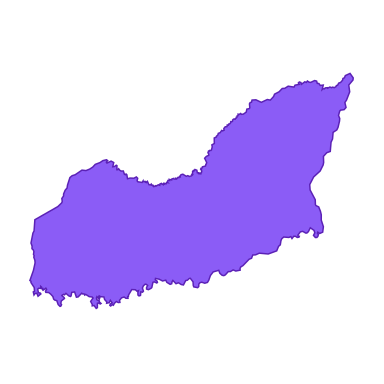 Lukulu, Western, Zambia (Natural Earth projection), rotated 178°
{"feature_id": "96606910B66911286782898", "entity_name": "Lukulu", "entity_type": "district", "adm_level": 2, "iso_a3": "ZMB", "parent_name": "Zambia", "parent_adm1": "Western", "projection": "natural_earth1", "projection_center": [23.918, -14.375], "detail": "fine", "context": "isolated", "style": "filled", "palette": "violet", "viewbox_px": 384, "rotation_deg": 178, "n_neighbors": 0, "source": "geoboundaries", "source_scale": "gbopen_adm2", "svg_char_len": 5916}
<svg xmlns="http://www.w3.org/2000/svg" viewBox="0 0 384 384"><g transform="rotate(178 192 192)"><path d="M151.0,111.5L146.6,112.2L146.7,113.8L146.0,115.3L143.6,116.7L137.3,122.8L134.8,123.7L133.5,126.9L130.6,127.0L126.9,128.5L118.0,127.4L109.4,130.2L107.4,134.7L105.6,136.1L104.8,140.3L103.9,142.2L101.9,143.8L96.8,143.2L94.8,144.0L93.7,142.0L91.9,144.2L90.1,144.1L88.4,142.9L86.7,143.1L86.3,144.0L87.5,144.4L87.7,145.2L85.1,148.4L82.7,148.8L79.8,147.0L78.6,147.0L77.1,148.3L75.0,152.1L71.4,149.4L70.7,146.9L72.1,144.4L70.3,142.2L68.8,142.2L67.8,143.2L67.2,145.0L68.1,146.5L67.7,147.5L65.8,146.1L62.8,147.3L61.9,152.7L63.8,159.4L63.6,164.7L64.3,168.2L65.9,172.7L68.6,174.1L69.1,175.1L69.1,180.0L73.9,189.9L74.1,195.3L69.9,202.8L63.2,208.5L60.0,214.4L59.4,216.9L59.4,223.0L55.9,226.6L52.4,227.7L51.3,236.9L49.7,240.1L48.9,246.7L45.1,249.0L43.8,251.5L42.1,257.7L41.8,260.3L42.9,263.4L41.6,267.6L40.7,268.6L37.1,269.0L35.1,271.1L36.1,276.1L34.4,278.4L30.9,286.6L31.6,293.4L27.2,298.3L26.9,300.4L29.9,305.0L34.7,303.0L35.7,300.8L37.2,300.2L37.6,298.5L39.7,296.3L41.6,295.7L42.7,293.7L44.0,293.3L44.4,292.3L46.2,291.3L47.7,291.9L48.9,291.4L50.5,292.1L52.8,291.0L53.0,291.5L55.2,291.4L56.0,290.5L57.5,290.6L58.3,289.9L57.1,294.3L60.1,294.0L61.4,296.0L63.0,296.2L63.6,298.5L65.6,299.1L69.5,297.4L71.2,297.7L72.8,298.9L73.9,297.5L75.4,298.2L78.9,295.8L79.3,297.6L80.9,298.2L81.9,297.3L81.1,295.8L85.3,295.2L86.4,293.3L92.2,294.4L95.6,292.4L98.2,292.3L101.5,289.1L106.1,286.9L107.1,284.6L110.5,281.1L113.5,281.8L119.6,279.2L124.9,281.9L128.8,281.8L129.4,279.7L130.8,279.3L131.5,278.1L131.3,274.1L132.1,273.3L134.3,272.9L135.0,270.0L138.0,268.0L140.0,267.9L140.6,268.8L142.3,267.8L143.2,268.2L143.4,266.6L144.3,266.4L144.3,265.4L145.1,265.2L145.1,264.4L146.4,263.7L146.4,263.2L148.0,263.4L148.9,262.5L149.0,261.4L149.8,260.8L150.8,261.0L151.1,259.6L151.9,258.8L152.7,258.8L153.3,257.5L154.4,257.8L154.8,256.1L156.5,256.0L157.3,255.2L158.0,254.2L157.7,252.7L159.3,252.0L160.2,252.5L161.8,250.3L163.7,249.7L164.1,248.2L165.7,246.8L165.7,246.1L167.9,245.2L168.0,239.7L170.5,238.4L170.2,236.4L171.1,233.3L171.7,232.8L172.8,233.0L173.9,232.4L173.7,232.0L174.0,231.9L174.1,231.7L174.3,231.7L174.7,230.7L174.0,229.4L174.0,228.1L176.4,227.1L178.2,225.3L176.3,221.0L176.7,219.5L177.2,219.2L177.6,217.5L180.7,216.8L180.9,215.8L182.3,215.3L181.9,214.4L182.4,214.1L181.7,213.3L181.6,212.1L182.0,210.8L183.2,210.6L182.9,209.9L184.5,210.1L184.2,210.7L184.6,211.0L186.0,211.0L186.4,213.6L188.3,214.4L189.4,212.9L189.9,213.4L190.7,212.5L190.7,210.8L191.6,209.5L190.8,209.2L191.9,208.2L194.2,207.6L195.6,208.5L197.2,207.9L200.5,210.1L202.3,209.7L203.3,208.6L203.2,207.5L204.1,207.7L204.6,206.8L205.5,207.1L206.5,206.0L207.7,206.3L207.4,205.5L209.5,205.6L210.0,206.2L211.7,205.7L211.9,204.8L214.3,205.4L214.1,204.3L215.6,204.4L216.4,202.7L215.9,202.2L217.0,202.4L217.6,201.1L219.5,201.7L219.4,200.9L220.1,201.2L220.4,200.4L220.9,201.0L221.5,200.7L222.3,201.7L223.8,201.1L224.0,199.8L225.4,200.4L227.8,199.1L228.4,200.1L228.3,199.4L229.6,198.8L230.4,199.7L230.6,199.2L231.5,200.4L232.2,200.3L232.5,201.3L233.3,200.6L234.8,200.8L236.2,204.2L237.3,203.1L237.9,204.0L238.4,203.5L239.0,204.2L240.4,204.0L240.5,204.8L241.5,203.3L245.8,204.1L246.5,205.1L245.8,207.6L247.1,209.0L249.6,207.8L253.4,208.1L256.0,207.5L256.5,211.5L257.3,212.3L257.9,211.6L258.9,212.0L259.9,215.4L262.1,215.4L263.5,216.3L264.5,217.8L265.4,216.9L266.3,216.9L266.1,221.0L266.8,221.4L268.5,220.2L270.3,220.0L269.2,224.2L271.8,225.7L276.0,223.9L276.5,224.5L276.3,225.3L275.2,226.3L276.3,227.2L279.9,226.5L283.0,224.6L287.7,223.0L290.4,220.3L293.4,218.5L297.2,217.1L301.2,217.7L308.2,213.3L311.2,212.5L313.5,210.7L316.2,203.2L316.7,200.4L318.7,198.2L320.4,194.5L320.5,192.5L322.3,190.1L322.0,187.1L322.6,185.7L326.6,182.1L350.0,169.8L351.2,158.6L352.4,156.5L354.7,146.6L353.7,143.5L353.9,140.9L352.8,139.9L352.1,138.0L352.6,135.1L351.9,133.7L352.4,132.5L351.4,129.2L351.3,126.6L353.2,119.2L357.1,109.2L356.0,108.4L356.1,107.1L353.0,102.0L352.9,98.2L354.1,97.7L353.5,94.6L352.3,96.1L350.6,96.2L349.5,93.2L346.6,95.4L347.0,96.2L349.0,96.8L349.6,100.3L348.4,101.2L346.5,100.9L346.5,103.0L345.7,102.3L345.5,100.9L344.5,100.8L344.9,99.8L344.3,99.0L341.4,101.0L340.7,99.8L341.9,97.9L341.6,96.8L338.7,96.5L336.7,94.8L334.7,92.4L334.0,89.8L333.0,88.8L330.9,88.1L329.7,84.2L327.9,82.3L327.2,82.4L326.3,83.9L327.0,85.2L326.4,87.7L323.2,90.0L323.5,91.0L325.7,93.0L325.5,93.4L323.9,94.2L323.0,93.7L321.5,95.1L318.8,92.5L317.2,91.8L316.5,92.3L315.7,95.9L312.8,96.2L311.2,90.9L309.5,91.1L305.7,94.7L304.8,93.9L303.5,94.0L302.8,92.7L301.8,93.4L298.4,91.0L295.6,90.6L294.6,89.5L297.1,86.2L295.6,83.1L295.7,81.7L293.8,82.0L291.8,79.0L290.6,79.7L290.4,84.1L289.3,84.3L287.6,83.3L286.8,83.8L288.4,85.3L288.4,86.3L290.9,87.7L291.2,89.5L290.7,90.7L288.4,88.1L287.7,89.9L288.9,90.8L288.4,91.5L287.1,90.6L283.7,90.2L283.1,87.6L281.0,85.1L281.2,83.8L278.6,84.3L277.4,86.6L275.6,84.0L277.5,83.0L278.1,81.6L277.3,80.9L275.3,82.2L274.5,81.6L273.4,83.5L271.4,85.2L269.6,84.1L267.9,84.2L268.2,86.3L266.1,88.7L263.5,89.4L261.8,88.1L259.7,88.0L259.9,89.7L259.2,89.8L259.0,91.3L255.6,96.6L252.0,96.3L250.5,94.8L249.0,95.3L249.6,93.5L249.6,90.9L248.6,90.0L247.1,90.4L246.6,94.0L244.9,93.6L244.0,94.6L244.9,97.8L243.8,100.0L242.0,101.5L241.1,101.4L239.6,100.2L240.8,98.0L240.8,96.6L239.0,95.9L236.4,97.1L235.5,97.9L234.2,103.1L232.9,103.5L230.4,102.3L229.7,102.8L230.0,104.1L231.8,105.5L231.5,106.9L227.9,106.0L224.5,104.1L221.3,104.8L220.3,102.6L217.1,100.5L215.5,101.0L215.0,103.2L214.2,104.3L211.2,100.9L208.7,101.8L206.0,99.9L203.8,99.4L201.4,103.7L199.7,104.0L197.7,105.7L196.7,105.8L194.1,102.2L194.0,98.5L193.5,97.1L189.7,96.2L188.6,97.2L188.4,99.7L187.2,101.1L185.4,101.5L182.4,100.4L179.7,101.1L178.3,103.3L176.5,107.9L173.6,111.4L168.0,112.8L167.0,109.8L164.8,107.7L163.1,107.3L161.6,108.0L158.5,111.2L156.5,111.1L153.6,112.7L151.0,111.5Z" fill="#8b5cf6" stroke="#5b21b6" stroke-width="1.5"/></g></svg>